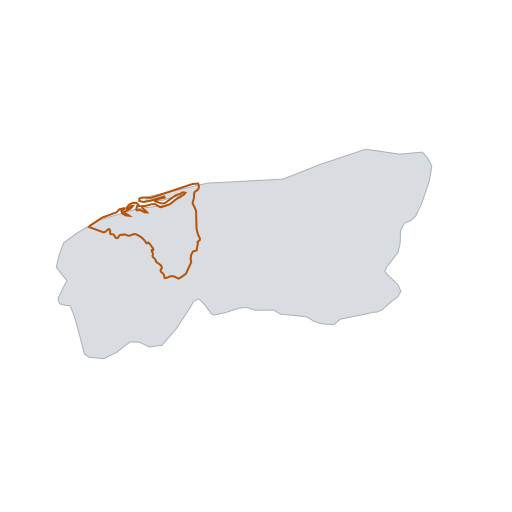 Usulután highlighted on a map of El Salvador, rotated 151°
{"feature_id": "SLV-1354", "entity_name": "Usulután", "entity_type": "Department", "adm_level": 1, "iso_a3": "SLV", "parent_name": "El Salvador", "parent_adm1": "", "projection": "mercator", "projection_center": [-88.42, 13.427], "detail": "fine", "context": "in_parent", "style": "outline", "palette": "amber", "viewbox_px": 512, "rotation_deg": 151, "n_neighbors": 0, "source": "natural_earth", "source_scale": "10m", "svg_char_len": 3785}
<svg xmlns="http://www.w3.org/2000/svg" viewBox="0 0 512 512"><g transform="rotate(151 256 256)"><path d="M181.3,150.4L185.5,151.2L213.1,159.9L221.3,158.2L231.8,165.2L236.8,170.7L241.2,178.3L263.0,193.5L266.7,200.1L283.0,209.0L289.6,215.9L296.5,218.7L310.1,221.3L321.8,224.9L323.2,227.5L324.3,237.6L326.8,246.2L332.3,246.7L339.0,242.6L360.9,231.1L381.6,223.5L393.2,228.1L400.2,237.6L408.0,241.9L424.4,239.3L439.2,240.1L451.0,248.4L453.6,253.3L446.5,281.0L443.9,292.8L442.6,302.8L446.8,305.4L450.9,309.3L450.0,314.7L437.3,323.6L433.3,325.9L436.2,343.0L426.7,353.3L418.0,360.7L402.7,362.8L376.7,363.6L337.6,355.1L308.8,343.7L293.2,343.6L298.1,347.4L310.4,349.8L326.6,357.9L321.9,360.2L263.2,343.3L195.3,310.2L154.7,304.9L108.3,296.2L80.8,275.3L60.1,266.2L58.4,258.3L58.6,249.5L67.9,237.7L85.4,221.8L96.9,213.6L102.4,212.0L110.0,212.8L117.3,208.2L123.7,197.3L130.2,190.2L146.9,183.1L150.8,180.2L149.5,174.1L145.8,162.2L146.4,154.8L151.9,151.5L158.4,150.8L172.0,147.8L177.9,148.4L181.3,150.4Z" fill="#d9dde1" stroke="#a8b0b8" stroke-width="1"/><path d="M388.0,362.3L386.4,363.0L372.1,364.2L356.8,361.8L352.8,363.1L350.7,362.4L348.3,361.9L348.3,360.8L352.0,360.6L352.3,357.9L350.3,354.7L347.3,352.6L347.9,353.9L349.9,356.7L350.7,358.4L344.7,358.2L341.8,358.5L339.3,359.5L340.9,360.2L342.2,360.0L343.7,359.6L346.1,359.5L346.1,360.8L342.2,362.4L338.0,362.3L334.7,360.2L333.6,356.1L335.3,356.8L335.9,357.2L338.2,354.9L338.2,353.8L335.3,352.6L332.2,348.2L330.1,346.9L330.7,349.3L331.6,351.3L332.1,353.1L331.4,354.9L329.0,353.5L322.0,351.8L319.0,350.2L316.2,345.3L315.0,344.5L313.0,344.3L307.6,343.2L305.1,343.2L298.4,344.5L289.1,344.7L287.1,345.6L288.2,346.5L289.4,347.2L290.6,347.4L291.7,346.9L296.3,348.0L309.6,346.5L311.1,346.8L313.2,347.9L314.4,349.0L316.4,351.5L317.8,352.6L317.8,353.8L314.7,353.3L312.5,352.9L307.6,351.4L307.6,352.6L321.1,355.4L328.2,357.7L331.4,360.8L330.2,362.8L327.3,362.3L324.0,360.6L321.8,359.0L319.3,357.7L276.7,349.8L271.5,347.4L271.5,347.0L272.1,344.6L273.4,342.9L275.3,342.1L278.6,341.7L280.1,340.4L281.1,338.5L282.7,336.2L285.6,333.4L286.0,332.3L286.2,327.0L286.6,324.8L287.3,323.0L294.8,308.7L296.2,303.6L296.6,298.5L297.5,297.1L300.3,296.7L300.5,295.6L305.2,289.7L308.9,290.5L312.2,288.4L314.7,285.0L315.6,282.0L326.0,274.4L332.7,273.7L334.7,273.8L335.7,275.1L337.1,277.3L338.2,278.3L339.7,279.4L341.0,279.8L345.0,280.3L346.0,280.6L346.6,281.1L346.5,281.5L345.8,283.7L345.7,284.2L345.7,284.7L346.0,286.2L346.5,287.4L346.7,288.1L346.8,288.7L346.7,289.1L346.5,289.6L346.3,289.9L346.0,290.2L345.6,290.4L344.7,290.7L344.4,290.9L344.1,291.2L343.9,291.6L343.8,292.0L343.7,292.5L343.7,293.5L343.8,294.0L343.9,294.5L345.9,298.7L346.1,299.4L346.1,299.8L345.8,301.1L345.8,301.8L345.9,302.7L346.6,304.9L346.7,305.6L346.6,305.9L346.4,306.4L345.5,307.2L345.2,307.6L345.0,308.0L344.9,308.4L344.8,308.9L344.9,310.0L344.8,311.0L344.6,311.5L344.4,311.7L344.1,311.7L343.8,311.5L343.6,311.2L343.4,311.1L343.2,311.0L342.9,311.1L342.6,311.4L342.5,311.8L342.4,312.3L342.4,312.8L342.7,315.1L342.8,316.2L343.3,319.3L343.5,319.9L343.7,320.1L344.0,320.1L344.8,319.8L345.4,320.0L345.7,320.4L345.8,321.0L345.8,322.1L345.9,323.1L346.1,324.4L347.0,327.4L347.9,329.2L349.5,331.9L350.7,333.4L351.0,333.6L351.3,333.9L352.6,334.4L353.5,334.6L356.7,335.0L357.5,335.5L358.3,336.1L359.8,337.9L360.4,338.5L360.9,338.9L361.4,338.8L361.8,338.9L362.2,339.0L362.6,339.3L363.2,339.8L363.6,340.0L364.0,340.2L364.4,340.3L364.9,340.2L365.4,340.1L366.2,339.8L367.8,338.9L368.3,338.9L369.0,339.0L369.5,339.6L369.8,340.1L370.0,340.6L370.0,341.1L370.1,343.6L370.5,344.2L371.1,344.7L372.2,345.3L372.6,345.8L372.7,346.3L371.4,348.6L371.3,349.1L371.2,349.7L371.2,350.5L371.5,350.9L371.9,351.0L376.4,350.2L376.9,350.3L377.4,350.4L377.8,350.5L388.0,362.3Z" fill="none" stroke="#b45309" stroke-width="2"/></g></svg>